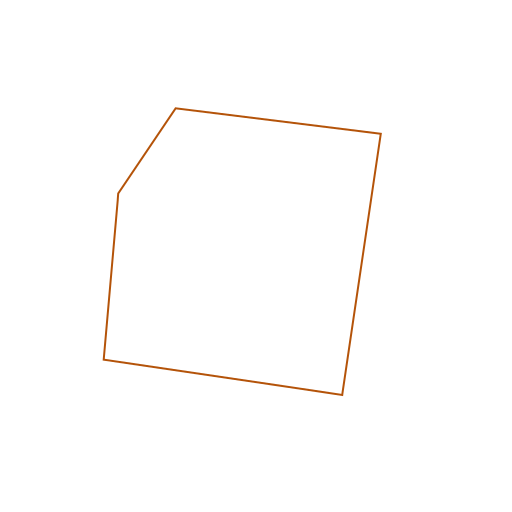 the district of 30, Ad Dawhah, Qatar, rotated 34°
{"feature_id": "91078587B91130659475882", "entity_name": "30", "entity_type": "district", "adm_level": 2, "iso_a3": "QAT", "parent_name": "Qatar", "parent_adm1": "Ad Dawhah", "projection": "mercator", "projection_center": [51.461, 25.361], "detail": "fine", "context": "isolated", "style": "outline", "palette": "amber", "viewbox_px": 512, "rotation_deg": 34, "n_neighbors": 0, "source": "geoboundaries", "source_scale": "gbopen_adm2", "svg_char_len": 284}
<svg xmlns="http://www.w3.org/2000/svg" viewBox="0 0 512 512"><g transform="rotate(34 256 256)"><path d="M109.0,285.1L110.3,287.3L187.7,427.1L355.5,346.7L405.2,323.0L404.0,320.6L291.1,84.9L106.8,178.5L106.8,281.2L109.0,285.1Z" fill="none" stroke="#b45309" stroke-width="2"/></g></svg>